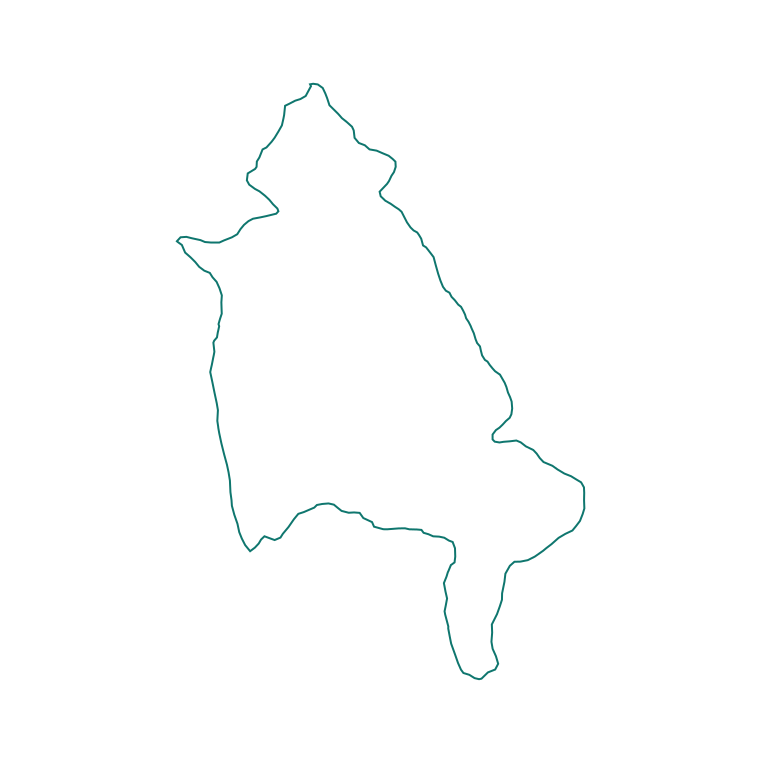 Kalbajar District, Kəlbəcər, Azerbaijan, rotated 258°
{"feature_id": "54616110B37358032697149", "entity_name": "Kalbajar District", "entity_type": "district", "adm_level": 2, "iso_a3": "AZE", "parent_name": "Azerbaijan", "parent_adm1": "Kəlbəcər", "projection": "albers", "projection_center": [46.209, 40.052], "detail": "fine", "context": "isolated", "style": "outline", "palette": "teal", "viewbox_px": 768, "rotation_deg": 258, "n_neighbors": 0, "source": "geoboundaries", "source_scale": "gbopen_adm2", "svg_char_len": 3827}
<svg xmlns="http://www.w3.org/2000/svg" viewBox="0 0 768 768"><g transform="rotate(258 384 384)"><path d="M461.7,226.9L459.9,225.7L450.8,224.8L447.4,223.4L445.4,222.5L438.6,219.6L435.6,218.2L431.8,216.5L422.5,216.5L420.8,216.5L410.9,216.4L399.9,216.4L392.9,216.1L382.6,213.3L376.3,212.9L375.7,212.8L370.1,212.6L359.8,212.6L348.4,213.0L337.7,213.6L329.9,213.6L321.6,213.2L310.1,211.3L302.1,210.7L296.5,209.9L287.2,210.4L277.7,211.6L269.2,211.6L262.4,212.8L255.3,214.7L248.3,218.3L248.9,219.6L250.8,223.7L254.0,228.3L257.4,231.4L259.9,235.4L256.4,240.9L254.1,244.6L255.3,250.8L258.5,253.9L263.9,260.8L270.4,267.7L274.8,273.2L275.4,279.0L276.6,285.0L277.6,290.1L279.6,293.2L279.5,298.6L278.7,304.9L276.4,309.9L272.6,312.9L268.7,316.1L265.4,322.7L264.6,328.0L263.0,333.4L257.2,335.9L251.4,343.6L246.5,344.6L242.1,353.1L241.2,357.1L239.7,368.3L238.5,374.5L236.6,378.6L234.8,386.1L233.5,390.3L230.2,391.8L227.8,396.3L224.8,400.4L223.2,406.3L221.1,411.0L217.3,415.0L215.2,418.3L208.6,419.3L200.3,417.8L194.8,415.9L193.0,411.8L187.6,408.1L186.6,407.3L182.6,405.1L176.8,401.2L168.1,401.0L161.1,401.1L154.1,398.2L149.1,396.0L145.9,395.9L133.5,396.5L131.5,396.0L123.1,395.8L116.1,395.7L104.4,397.3L95.7,398.4L88.6,399.9L84.8,401.6L81.8,407.0L77.5,411.4L75.5,415.6L75.5,418.1L80.3,425.7L81.6,433.4L86.6,437.5L94.4,436.9L102.4,435.2L109.5,435.5L118.3,438.1L126.4,439.5L135.4,446.7L142.5,451.1L148.4,454.5L154.7,456.0L165.5,460.7L173.2,463.3L180.0,469.3L183.0,474.6L181.9,480.5L181.8,488.0L183.8,495.6L187.8,505.0L189.7,508.6L192.5,514.5L197.2,522.8L199.7,530.2L201.5,537.8L205.0,542.2L209.3,547.2L215.5,551.3L220.6,554.1L228.6,555.5L235.9,557.2L241.3,558.1L245.8,556.7L246.9,556.3L250.6,552.3L254.9,547.8L258.9,541.8L264.3,536.0L269.0,531.7L274.5,523.8L279.1,521.0L284.1,518.9L288.4,516.3L293.5,509.8L298.5,505.6L301.2,501.7L301.8,495.0L302.6,488.9L302.8,484.8L304.6,480.3L307.2,478.7L312.0,479.7L315.6,483.8L317.3,487.9L319.6,491.6L322.4,495.5L324.8,499.9L327.9,502.3L333.4,504.3L340.2,505.2L344.9,504.6L349.9,503.5L355.6,503.1L360.1,502.3L364.1,501.0L369.0,499.4L373.4,495.3L376.7,493.4L380.6,491.4L384.4,489.9L386.6,487.7L391.6,485.9L396.4,485.7L400.8,485.7L404.7,483.6L408.7,482.9L415.0,482.4L420.0,481.3L422.9,480.8L427.3,479.6L431.2,478.0L435.0,477.7L439.2,476.7L443.5,475.4L446.2,473.1L451.2,470.7L455.2,468.2L459.7,467.0L462.4,463.9L466.8,461.9L473.4,460.7L480.6,459.9L489.8,459.3L497.8,458.9L502.7,456.6L508.9,453.6L511.4,451.0L518.4,450.6L522.5,449.2L525.3,448.0L526.9,446.2L528.0,444.9L531.6,442.5L537.3,440.1L543.2,438.5L548.8,437.0L551.8,434.8L555.1,431.5L558.7,428.2L563.0,423.4L568.3,419.8L573.0,419.7L575.6,423.5L579.1,428.6L581.5,431.1L586.1,434.6L589.2,437.8L594.0,440.6L599.1,441.4L602.4,439.2L606.3,436.0L609.8,430.9L613.8,425.3L616.5,418.6L621.5,414.9L625.0,409.5L630.9,406.4L638.3,407.1L642.3,406.2L647.8,402.2L652.8,398.1L655.7,396.5L657.8,395.3L668.0,388.6L675.5,387.8L680.4,387.0L686.3,385.6L690.8,381.5L692.4,377.1L692.5,374.0L690.5,374.5L687.7,372.1L682.0,367.3L680.1,361.5L679.6,356.1L677.7,349.2L676.7,345.1L667.8,342.2L664.5,340.8L658.2,337.9L653.0,333.3L647.6,328.2L644.3,324.4L639.8,318.2L638.7,314.0L631.5,309.2L628.1,305.9L622.9,304.5L621.2,302.7L618.3,294.5L611.7,292.2L607.0,293.6L601.7,298.3L598.3,302.3L592.7,306.9L587.9,310.2L582.9,312.8L577.8,316.2L574.9,316.6L573.0,314.0L572.7,303.8L572.7,297.9L572.9,290.2L571.5,285.3L568.8,280.2L565.3,275.8L561.0,271.6L559.1,265.7L557.7,257.3L556.6,252.3L558.4,244.0L560.1,238.4L562.9,234.4L566.5,226.4L569.0,221.3L569.8,215.5L566.7,211.1L566.0,211.6L562.0,215.2L553.9,216.8L548.0,221.2L542.6,224.7L537.0,227.6L532.2,231.8L528.9,236.7L524.0,238.5L518.7,241.5L511.8,243.0L504.4,243.8L497.7,241.9L492.7,241.0L486.5,239.9L481.7,237.1L477.0,234.6L474.8,234.8L469.5,232.4L469.4,232.3L464.3,230.3L461.7,226.9Z" fill="none" stroke="#0f766e" stroke-width="2"/></g></svg>